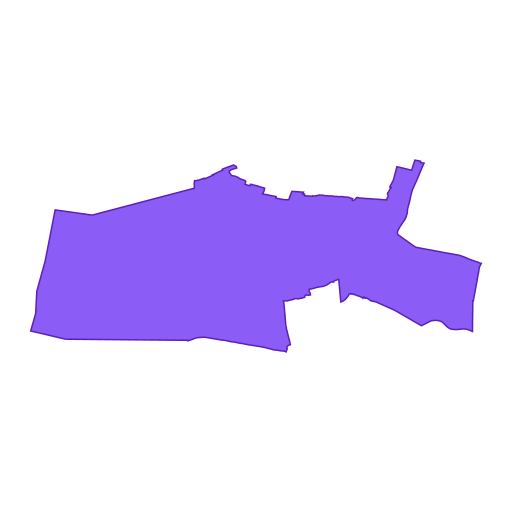 Castricum, Noord-Holland, Netherlands (Natural Earth projection)
{"feature_id": "6326949B28698094502949", "entity_name": "Castricum", "entity_type": "district", "adm_level": 2, "iso_a3": "NLD", "parent_name": "Netherlands", "parent_adm1": "Noord-Holland", "projection": "natural_earth1", "projection_center": [4.708, 52.56], "detail": "fine", "context": "isolated", "style": "filled", "palette": "violet", "viewbox_px": 512, "rotation_deg": 0, "n_neighbors": 0, "source": "geoboundaries", "source_scale": "gbopen_adm2", "svg_char_len": 5895}
<svg xmlns="http://www.w3.org/2000/svg" viewBox="0 0 512 512"><path d="M414.9,160.1L411.6,170.2L400.1,167.4L398.6,167.1L396.8,166.8L395.9,170.6L393.3,180.2L389.8,187.0L390.5,187.1L391.3,187.5L391.2,187.7L390.7,188.3L390.3,188.7L389.6,189.6L389.2,190.5L389.1,190.9L388.9,191.3L388.7,191.7L387.8,192.7L387.7,193.0L387.5,193.7L387.6,194.3L388.1,195.4L388.2,195.9L388.2,196.2L388.1,196.5L387.5,197.4L387.0,198.3L387.0,198.6L386.8,198.9L386.7,199.9L382.9,199.7L380.0,199.4L374.9,199.1L368.3,198.6L365.7,198.5L362.9,198.2L360.9,198.1L359.5,198.0L358.5,197.7L357.7,197.5L357.4,197.5L357.1,197.5L356.8,197.6L356.2,198.0L355.9,198.3L355.0,199.5L354.1,200.2L352.4,200.4L352.2,199.9L352.1,199.4L352.2,199.2L352.6,198.7L352.4,198.6L350.5,198.0L348.2,197.2L346.8,197.1L345.3,197.1L343.4,196.8L342.1,196.5L339.4,196.7L336.3,196.4L335.5,196.5L334.2,196.3L331.6,195.9L329.4,196.0L327.5,195.7L325.2,195.7L324.0,195.4L322.1,195.1L321.5,195.2L319.3,195.0L318.8,195.1L318.5,195.2L318.0,195.4L315.5,195.8L314.1,196.1L313.7,196.1L312.6,195.8L312.2,196.2L308.3,196.0L304.4,195.8L304.6,194.1L302.6,194.0L303.5,192.2L292.0,191.3L290.3,195.3L289.9,196.4L289.7,196.7L289.8,196.8L288.7,199.7L285.0,199.7L283.5,199.5L281.4,199.2L275.9,198.1L275.6,198.0L276.1,196.6L268.3,195.0L262.5,193.9L263.6,192.0L264.2,190.5L264.3,190.0L264.6,188.1L262.7,187.6L258.6,186.4L257.6,185.9L253.5,185.0L250.6,184.2L250.4,184.3L250.2,184.9L250.1,185.7L250.0,185.8L249.9,185.8L248.3,185.3L245.0,184.4L245.2,183.7L245.4,182.9L245.8,181.6L245.3,180.8L245.0,180.5L241.9,179.4L240.5,178.9L239.5,178.4L238.9,178.0L237.9,177.3L235.2,176.2L231.4,175.5L231.1,174.8L230.1,173.5L229.5,172.6L229.2,171.9L229.1,171.3L229.2,171.2L231.3,169.8L232.0,169.5L235.0,168.5L235.7,168.4L236.1,168.3L236.8,168.0L236.7,167.8L236.2,166.5L235.1,165.8L233.6,165.0L227.1,167.3L223.2,168.8L222.4,169.2L222.2,169.3L222.3,169.6L222.7,170.1L212.5,174.8L213.0,175.2L204.6,178.9L204.2,178.2L199.8,179.7L198.9,180.2L198.6,180.3L198.2,180.1L196.0,180.7L195.5,180.7L194.6,180.6L194.5,180.8L194.3,182.8L194.2,183.5L194.1,184.0L194.2,184.4L194.4,185.3L194.4,185.7L194.3,186.2L194.3,186.9L194.3,188.2L92.2,215.1L55.2,209.9L54.8,211.6L49.8,237.4L45.1,261.3L36.8,291.2L35.7,313.3L30.7,331.0L65.6,339.2L189.3,340.3L189.2,340.4L189.6,340.3L193.0,339.1L195.0,338.3L196.3,337.9L198.3,337.6L201.1,337.4L203.9,337.2L204.7,337.2L209.5,338.0L211.9,338.4L216.6,339.2L218.0,339.5L218.7,339.5L219.2,339.6L221.4,340.1L222.7,340.1L224.5,340.4L225.6,340.5L228.1,341.1L232.0,341.9L233.4,341.9L233.9,342.0L238.3,342.9L238.6,343.0L241.0,343.4L242.0,343.5L245.4,344.2L246.4,344.3L248.0,344.8L249.4,344.9L259.6,346.5L261.5,346.9L262.2,347.1L263.4,347.2L264.8,347.5L267.4,348.2L271.5,349.2L272.1,349.4L273.5,349.8L278.3,350.4L280.2,350.8L283.4,351.0L285.1,351.5L285.8,351.8L286.2,351.9L286.4,351.2L286.9,349.7L287.2,349.0L287.2,348.8L287.1,348.1L286.9,347.8L286.8,347.5L286.9,347.2L287.3,346.6L287.5,346.1L288.2,345.5L288.7,345.3L289.7,345.0L290.4,344.7L289.7,341.7L289.6,341.0L289.6,340.7L289.3,339.9L288.9,338.6L286.4,328.4L286.4,328.1L286.4,327.5L286.3,327.1L286.0,326.5L285.8,325.3L285.1,316.8L285.1,316.3L285.1,315.9L285.1,315.7L285.1,315.4L285.0,315.0L284.9,314.3L284.1,305.2L283.9,303.8L283.7,302.4L283.5,301.5L283.4,301.0L286.4,300.8L287.4,300.9L290.7,300.0L292.2,299.7L292.8,299.4L293.3,299.4L293.4,299.0L293.5,299.0L294.7,298.9L295.7,298.6L296.6,298.5L297.1,298.8L297.6,298.9L298.0,298.9L299.0,298.6L299.8,298.5L300.0,298.4L300.0,298.5L302.2,298.1L303.0,297.8L304.2,297.5L304.5,297.4L304.8,297.0L304.9,296.7L305.1,295.8L305.3,295.6L305.7,295.3L305.8,295.1L309.2,295.2L310.5,294.9L310.2,293.4L310.1,293.1L309.9,292.6L309.4,291.8L309.2,291.5L309.1,290.8L309.1,290.3L309.2,289.3L309.6,289.4L309.9,289.2L310.6,289.1L313.2,288.5L315.3,287.8L318.9,287.0L323.0,286.4L323.9,286.1L326.4,285.2L328.3,284.0L329.7,283.1L329.8,283.0L329.8,282.9L331.2,281.9L332.8,281.9L333.0,282.1L333.3,282.1L333.1,281.8L333.1,281.7L334.2,281.0L334.5,280.8L338.7,279.3L339.4,286.8L340.8,302.0L343.2,301.0L343.2,300.8L344.5,300.1L345.3,299.4L345.7,299.0L347.1,297.4L348.1,296.1L348.5,295.5L349.2,293.8L350.1,293.8L350.6,294.0L350.6,293.8L350.9,293.9L351.1,293.6L353.6,294.5L353.7,294.2L356.4,295.3L358.0,296.0L358.4,295.9L358.7,295.9L359.2,296.2L360.8,297.0L361.5,297.1L362.8,298.1L362.8,297.8L363.0,297.5L363.3,297.3L363.5,297.2L363.7,297.3L363.9,297.4L364.0,297.5L364.1,297.4L364.4,297.3L364.7,297.4L364.6,297.5L364.9,298.1L365.1,298.1L365.4,298.2L365.6,298.3L366.9,298.1L367.5,298.6L368.4,299.0L368.7,299.2L369.9,300.2L371.1,300.8L371.9,301.1L375.1,301.7L376.3,302.1L394.5,310.2L421.4,325.7L431.0,320.9L431.4,320.8L432.6,320.6L435.2,320.4L436.0,320.4L437.3,320.4L437.7,320.5L440.3,321.1L441.2,321.5L441.9,321.9L443.4,323.1L446.8,326.5L447.7,327.3L448.8,328.0L449.5,328.5L450.4,328.9L452.1,329.3L455.9,329.6L457.1,329.6L459.3,329.3L462.5,329.0L464.6,329.0L465.6,329.1L467.1,329.4L468.7,329.9L469.8,330.3L471.1,330.9L472.5,331.5L472.5,324.8L472.7,311.6L472.8,301.0L473.2,301.1L473.4,300.6L473.8,298.2L474.0,297.0L474.3,295.5L474.5,294.6L475.5,289.1L475.6,288.5L476.0,286.6L476.2,284.9L476.3,284.4L476.6,283.0L477.1,280.5L477.2,279.6L477.4,278.8L477.3,278.7L477.4,278.3L477.9,275.7L478.6,272.4L478.8,271.3L478.8,270.3L479.5,267.1L479.8,266.3L481.3,263.4L479.6,262.9L477.7,262.1L472.3,260.3L467.4,258.4L465.2,257.4L460.7,255.7L459.3,255.3L456.6,254.8L450.3,253.6L444.9,252.7L417.6,247.6L416.1,247.3L415.2,246.9L414.2,246.2L411.8,244.6L409.4,242.8L403.5,238.7L399.7,235.9L398.3,235.0L397.7,234.3L397.5,233.6L397.4,232.8L397.4,231.9L399.0,228.5L399.7,227.2L402.9,222.4L404.7,219.9L405.6,218.3L406.3,216.2L406.9,214.3L407.3,212.9L407.5,209.6L407.8,208.1L408.3,206.2L409.0,204.0L409.3,202.7L410.0,199.7L410.3,198.1L410.8,195.7L411.9,191.6L412.4,190.1L414.7,184.7L415.6,182.9L417.9,177.6L420.9,170.4L421.9,168.0L423.6,164.1L424.1,163.1L420.5,162.5L420.6,161.2L414.9,160.1Z" fill="#8b5cf6" stroke="#5b21b6" stroke-width="1.5"/></svg>